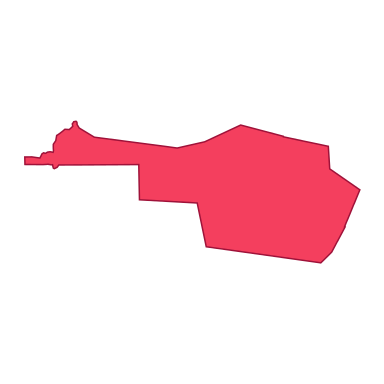 Atbara, River Nile, Sudan, rotated 181°
{"feature_id": "16777658B19107068109893", "entity_name": "Atbara", "entity_type": "district", "adm_level": 2, "iso_a3": "SDN", "parent_name": "Sudan", "parent_adm1": "River Nile", "projection": "albers", "projection_center": [33.305, 17.884], "detail": "fine", "context": "isolated", "style": "filled", "palette": "rose", "viewbox_px": 384, "rotation_deg": 181, "n_neighbors": 0, "source": "geoboundaries", "source_scale": "gbopen_adm2", "svg_char_len": 1327}
<svg xmlns="http://www.w3.org/2000/svg" viewBox="0 0 384 384"><g transform="rotate(181 192 192)"><path d="M359.8,224.1L359.5,216.6L341.5,216.8L337.6,217.1L336.4,217.3L335.5,217.0L334.8,217.0L333.3,216.7L331.9,216.9L331.6,215.4L331.1,213.5L330.1,212.9L327.3,214.3L325.6,216.7L302.1,217.2L245.7,218.5L244.4,183.3L186.6,181.1L176.8,137.5L86.9,126.5L64.1,123.7L62.0,123.4L59.0,126.4L51.3,134.3L48.3,140.2L48.0,140.8L46.1,144.6L45.6,145.4L44.1,148.4L42.0,152.5L38.4,159.6L38.3,159.8L38.7,160.0L38.8,160.0L37.3,164.0L35.7,167.9L34.2,171.7L31.2,179.4L30.3,181.8L29.4,183.8L27.9,187.7L26.1,192.3L24.8,195.6L24.3,196.9L24.2,197.1L26.6,198.7L54.7,217.5L56.5,240.1L57.2,240.2L65.9,241.9L81.2,244.8L101.7,248.8L101.7,249.3L144.5,259.8L180.2,242.4L207.6,235.7L220.2,237.2L290.6,245.1L305.9,254.0L308.1,257.5L308.1,258.5L308.3,259.8L309.2,260.7L311.5,260.2L311.9,259.4L312.9,258.0L312.7,257.2L312.4,255.6L313.9,254.1L315.8,252.3L320.2,252.5L322.3,250.6L325.6,248.0L327.4,246.7L328.3,246.2L329.1,241.0L331.5,237.3L331.5,235.1L331.4,232.7L331.2,231.1L331.3,230.4L331.4,229.7L331.6,229.2L333.0,229.5L333.8,229.7L335.2,229.7L336.2,229.5L337.0,229.4L338.1,228.8L338.9,228.2L339.7,228.1L340.3,228.4L341.1,228.6L342.7,227.5L343.5,225.7L344.7,223.3L352.7,224.3L359.3,224.1L359.8,224.1Z" fill="#f43f5e" stroke="#9f1239" stroke-width="1.5"/></g></svg>